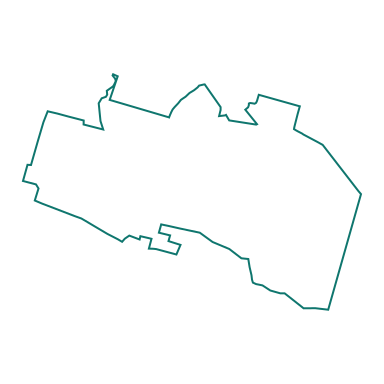 San Juan Chilateca, Oaxaca, Mexico
{"feature_id": "50627088B51184351888865", "entity_name": "San Juan Chilateca", "entity_type": "district", "adm_level": 2, "iso_a3": "MEX", "parent_name": "Mexico", "parent_adm1": "Oaxaca", "projection": "orthographic", "projection_center": [-96.673, 16.828], "detail": "fine", "context": "isolated", "style": "outline", "palette": "teal", "viewbox_px": 384, "rotation_deg": 0, "n_neighbors": 0, "source": "geoboundaries", "source_scale": "gbopen_adm2", "svg_char_len": 1825}
<svg xmlns="http://www.w3.org/2000/svg" viewBox="0 0 384 384"><path d="M117.7,76.3L113.1,74.3L112.6,75.5L115.1,78.6L115.8,81.0L114.1,84.7L113.0,86.4L106.8,90.8L107.2,94.6L105.9,96.8L101.7,98.3L98.7,103.3L99.1,107.1L99.4,110.2L100.5,121.1L103.2,129.5L83.6,124.5L83.7,120.5L68.2,116.5L57.5,113.6L47.7,111.3L43.4,122.3L37.7,141.6L31.0,165.0L27.5,164.8L23.0,181.0L36.0,184.4L38.5,188.5L34.8,200.5L42.1,203.6L74.7,216.1L81.4,218.5L107.4,233.9L117.9,239.3L122.1,241.8L124.8,238.7L129.3,235.6L139.6,239.5L140.4,236.2L148.2,238.0L151.5,238.8L148.9,248.6L153.7,248.8L156.3,249.1L157.0,249.3L163.0,250.9L176.4,254.5L180.5,244.9L168.5,241.1L170.1,235.4L158.9,232.7L161.2,224.4L164.0,225.0L167.9,225.8L179.9,228.5L199.8,232.7L212.6,242.0L229.3,249.0L241.4,258.3L248.3,259.0L249.6,267.1L251.5,275.3L252.0,279.6L252.9,282.6L256.1,284.1L258.7,284.6L262.5,285.4L270.3,290.5L280.2,293.3L284.6,293.3L303.6,308.3L315.3,308.2L328.2,309.7L361.0,194.1L358.5,191.2L322.7,144.9L317.7,142.1L313.0,139.6L306.6,136.2L303.4,134.5L302.0,133.5L301.4,133.2L299.3,132.1L298.9,131.9L298.3,131.6L296.1,130.4L294.0,129.1L294.2,127.7L294.3,127.4L294.5,126.4L297.6,114.2L299.8,106.3L298.3,105.9L258.8,94.8L257.0,100.9L256.1,102.8L255.0,103.5L254.6,103.7L252.5,103.3L250.1,103.0L248.9,103.5L248.8,105.4L248.1,107.3L245.3,109.7L257.0,124.2L256.2,124.6L229.2,120.4L227.5,117.5L226.1,115.1L226.0,114.9L225.0,115.4L219.1,116.1L220.6,110.0L220.6,109.8L220.6,108.6L220.6,107.1L204.7,84.4L203.7,84.5L199.1,85.6L197.6,87.4L194.1,90.2L189.5,93.0L185.6,96.7L182.6,98.7L180.9,99.9L178.2,103.3L174.6,107.1L172.6,109.5L171.5,111.7L171.3,112.0L171.2,112.3L171.0,112.7L170.9,113.0L170.7,113.5L170.5,113.9L170.3,114.3L170.1,114.8L169.9,115.2L169.8,115.6L169.6,116.0L169.4,116.5L169.2,116.9L169.1,117.4L109.7,99.9L117.7,76.3Z" fill="none" stroke="#0f766e" stroke-width="2"/></svg>